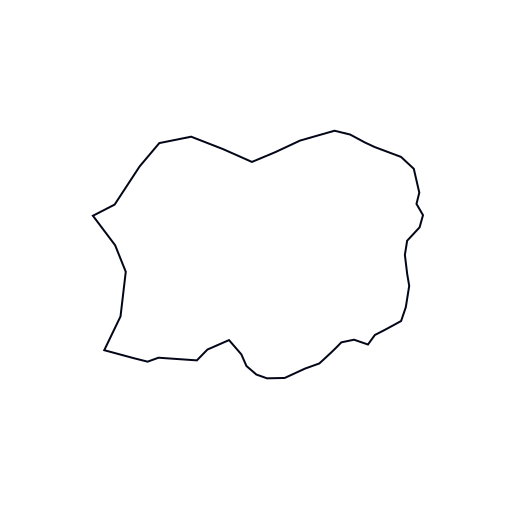 the district of Fota, Cyprus, rotated 126°
{"feature_id": "46923920B41218230383335", "entity_name": "Fota", "entity_type": "district", "adm_level": 2, "iso_a3": "CYP", "parent_name": "Cyprus", "parent_adm1": "", "projection": "natural_earth1", "projection_center": [33.224, 35.255], "detail": "fine", "context": "isolated", "style": "outline", "palette": "ink", "viewbox_px": 512, "rotation_deg": 126, "n_neighbors": 0, "source": "geoboundaries", "source_scale": "gbopen_adm2", "svg_char_len": 787}
<svg xmlns="http://www.w3.org/2000/svg" viewBox="0 0 512 512"><g transform="rotate(126 256 256)"><path d="M410.5,294.8L405.2,281.6L395.6,275.1L388.1,263.1L375.2,242.5L360.2,240.3L339.9,228.4L344.2,210.0L350.6,199.1L351.7,186.1L348.5,175.2L337.8,161.1L318.5,150.3L305.7,141.6L300.3,140.5L289.6,138.4L283.2,137.3L275.7,136.2L266.1,127.5L261.8,113.4L250.0,113.4L239.3,108.0L223.3,100.4L209.4,104.7L190.1,114.5L181.6,123.2L167.6,136.2L154.8,142.7L136.6,140.5L124.8,144.9L119.5,156.8L108.8,161.1L92.7,179.6L90.6,196.9L98.1,224.1L100.2,234.9L102.4,251.2L108.5,266.1L136.7,288.2L160.6,301.4L182.3,314.6L188.9,345.5L197.6,378.6L221.5,400.6L251.9,402.8L297.5,400.6L319.3,411.6L330.1,376.3L345.3,352.1L384.5,330.1L421.4,323.4L410.5,294.8Z" fill="none" stroke="#020617" stroke-width="2"/></g></svg>